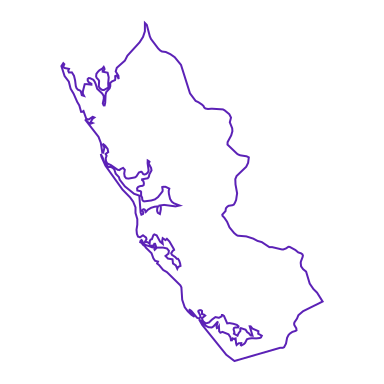 an SVG outline of Ogooué-Maritime
{"feature_id": "GAB-2624", "entity_name": "Ogooué-Maritime", "entity_type": "Province", "adm_level": 1, "iso_a3": "GAB", "parent_name": "Gabon", "parent_adm1": "", "projection": "albers", "projection_center": [9.53, -1.509], "detail": "fine", "context": "isolated", "style": "outline", "palette": "violet", "viewbox_px": 384, "rotation_deg": 0, "n_neighbors": 0, "source": "natural_earth", "source_scale": "10m", "svg_char_len": 5973}
<svg xmlns="http://www.w3.org/2000/svg" viewBox="0 0 384 384"><path d="M234.4,361.0L226.3,354.8L202.2,324.9L199.2,319.6L201.7,321.5L205.6,325.7L208.5,327.2L211.7,327.5L213.5,326.4L217.9,321.5L216.5,326.4L216.9,328.1L218.2,327.5L218.9,326.3L219.2,331.3L220.4,332.7L222.5,331.9L228.5,334.3L230.5,337.4L231.0,340.3L231.9,340.3L232.7,338.4L234.7,339.3L234.9,338.6L235.6,338.4L236.1,343.4L236.6,345.0L238.6,343.3L241.2,343.1L240.8,345.1L241.3,345.5L244.0,344.0L245.1,342.9L246.9,339.3L248.9,338.6L251.9,338.2L256.2,338.4L259.8,338.0L261.0,337.4L261.8,335.7L258.2,333.7L258.4,331.2L252.5,328.6L250.6,326.3L249.7,326.3L252.5,335.7L250.6,335.4L248.9,333.3L247.2,332.2L245.6,329.7L240.8,328.1L240.3,328.5L240.4,330.9L238.6,333.2L237.5,335.7L233.9,333.7L234.4,332.3L233.6,329.5L233.9,328.1L235.1,327.5L238.1,327.4L238.5,326.3L236.9,324.9L233.4,323.8L229.6,323.1L227.2,323.4L224.0,316.0L222.6,315.0L221.9,315.0L221.6,316.4L218.9,317.8L215.4,317.1L212.1,319.5L209.0,322.5L205.8,323.4L203.3,321.4L202.4,319.8L202.0,318.2L205.2,315.6L204.1,314.7L202.0,314.0L202.0,310.9L201.2,310.3L200.0,310.1L198.5,310.7L198.3,311.6L200.0,314.9L200.5,316.9L199.2,318.6L197.0,317.7L191.3,310.9L189.0,309.3L194.5,316.8L191.4,314.8L187.8,311.3L184.7,307.2L182.2,299.8L181.4,287.4L180.4,285.4L166.9,272.1L163.2,270.0L159.1,265.1L157.1,263.5L158.0,261.6L155.1,260.8L153.4,258.4L151.5,253.2L145.8,247.6L144.9,246.2L143.0,244.8L141.6,242.9L140.2,242.2L140.5,240.9L141.5,240.0L142.1,240.6L143.1,243.1L145.6,245.0L148.7,246.0L151.5,245.7L150.5,246.7L152.3,247.4L153.2,246.7L154.3,243.8L155.1,243.8L156.1,246.7L154.7,247.4L154.4,248.0L154.3,248.9L154.7,249.8L156.4,248.1L156.1,247.6L163.2,247.6L167.0,248.5L168.9,250.8L168.5,253.6L165.5,256.0L168.0,258.6L172.5,259.3L173.0,263.5L175.8,265.4L177.3,268.8L178.1,267.0L180.5,265.9L180.1,263.4L179.2,260.7L178.0,258.8L176.8,258.8L175.3,257.1L171.9,254.8L171.2,253.2L172.8,250.8L174.1,249.9L173.8,249.0L169.4,241.4L166.9,238.8L165.5,240.1L162.7,238.2L162.2,240.8L162.7,243.8L160.1,241.7L156.7,235.4L154.3,234.4L153.3,235.3L151.9,239.2L150.6,239.6L149.9,240.7L149.6,243.8L147.6,242.2L144.9,241.9L146.5,239.2L146.1,237.6L143.0,235.3L140.0,237.3L138.0,236.6L136.9,233.9L136.5,229.8L137.3,224.7L137.3,219.1L135.5,213.0L135.5,207.4L133.2,201.7L130.1,197.4L122.5,189.6L105.4,165.6L101.5,156.9L100.8,154.0L102.7,157.7L104.1,161.8L105.7,164.1L108.4,167.1L110.5,166.9L112.6,167.8L114.3,169.4L115.7,173.7L118.9,177.1L119.7,179.7L124.9,186.4L134.1,193.8L139.3,195.6L140.6,212.6L141.4,214.7L143.0,214.0L143.4,212.6L142.2,210.7L142.6,209.7L143.8,209.2L144.8,209.7L145.8,212.0L147.9,209.7L151.1,207.8L154.7,206.7L158.0,206.4L157.2,208.6L157.1,210.9L157.8,212.8L159.9,214.0L160.8,209.4L160.8,207.1L159.9,205.5L164.1,204.9L175.5,206.4L179.6,205.5L173.9,203.3L171.8,201.7L170.1,199.0L168.9,193.9L168.7,190.9L169.3,188.6L165.5,186.8L163.1,186.8L162.2,187.1L162.7,190.0L162.5,191.4L158.0,197.1L154.9,199.4L151.2,200.5L144.1,201.4L143.0,200.8L142.3,199.8L142.1,197.6L141.1,195.6L141.1,191.9L140.6,191.2L137.3,190.5L137.1,188.3L138.2,186.9L140.2,186.1L142.6,185.8L143.7,185.0L143.9,183.2L143.4,181.2L142.1,180.1L142.1,179.3L147.7,178.3L148.8,176.9L149.4,174.3L151.5,170.4L151.1,168.0L148.6,163.3L149.5,161.8L148.9,161.2L147.7,160.5L147.6,163.2L148.6,170.3L148.2,171.8L147.2,173.1L145.9,174.1L144.4,174.5L143.2,174.1L142.0,172.2L141.1,171.7L138.9,172.5L136.4,176.4L135.0,177.4L128.5,178.6L126.2,178.3L124.7,176.5L124.2,173.6L124.8,169.8L123.1,167.9L120.3,169.2L119.5,170.1L117.7,169.8L110.9,165.1L107.2,163.4L106.0,161.1L105.7,158.3L106.6,155.8L105.6,154.0L108.2,152.1L107.6,148.9L105.2,145.7L102.7,143.7L104.4,147.8L103.2,152.7L102.3,152.6L100.8,142.8L98.5,136.8L85.0,119.4L88.5,122.7L90.5,123.7L92.5,123.0L90.6,122.2L92.5,118.8L94.3,117.5L92.7,116.8L88.7,119.5L86.3,118.9L83.5,111.0L82.2,111.9L81.1,111.9L79.3,105.4L77.2,101.9L73.6,93.7L70.6,88.7L68.8,81.6L64.6,76.1L61.4,66.1L63.3,63.2L64.3,64.2L63.1,66.8L64.6,68.0L69.0,68.9L68.2,70.9L69.0,72.5L71.9,72.4L74.0,75.8L75.1,80.4L75.8,86.1L76.5,88.1L77.9,89.7L79.8,90.4L80.8,91.3L81.8,95.2L84.0,95.9L82.8,93.6L82.9,91.3L84.7,84.2L86.6,84.1L91.4,84.7L91.4,83.8L88.6,82.1L87.7,80.6L87.7,79.0L88.7,78.1L90.1,78.2L93.4,79.8L94.7,81.7L95.7,84.1L97.2,88.8L102.1,93.4L103.7,95.9L103.8,98.6L102.8,103.4L103.7,105.4L104.6,105.4L105.2,102.8L105.6,94.5L106.3,92.0L109.6,88.4L110.3,86.1L110.2,83.0L112.0,81.4L115.0,80.1L115.3,78.7L115.2,76.1L116.8,75.4L118.7,79.0L118.4,75.8L115.7,71.4L116.8,67.8L124.9,60.6L127.4,55.7L139.6,42.3L143.0,37.0L144.9,31.3L144.9,23.0L146.8,24.9L149.8,36.3L151.0,39.0L158.1,48.4L160.1,50.4L161.9,51.5L165.8,52.0L170.4,54.2L174.7,57.2L181.0,64.9L190.0,93.4L195.6,100.9L198.4,102.2L202.0,104.6L203.5,106.0L204.2,107.5L205.4,108.5L208.0,109.0L211.7,108.7L222.9,109.4L224.6,110.3L229.3,114.2L231.0,117.6L229.8,122.3L232.2,128.3L232.4,131.2L231.2,135.4L227.6,142.1L227.5,144.6L237.1,153.8L238.4,154.6L240.2,155.3L246.6,156.3L248.8,157.4L248.1,162.9L246.2,166.8L236.6,176.0L235.3,179.1L235.5,184.4L237.1,193.3L236.1,200.0L234.9,202.8L233.8,204.6L232.5,205.2L228.6,205.8L227.3,206.7L225.9,208.3L225.5,211.1L222.3,214.6L222.5,215.8L224.4,217.8L227.1,221.8L229.5,227.4L234.1,233.0L236.6,235.1L237.8,235.7L246.3,236.4L253.2,238.6L257.5,240.9L261.8,242.1L269.3,247.1L272.0,247.1L281.7,249.4L283.1,249.5L285.9,248.5L288.4,246.8L289.7,246.9L295.4,250.0L298.2,252.4L301.0,253.3L302.4,254.3L302.9,255.6L302.6,257.0L300.9,261.5L300.7,262.9L301.1,266.4L303.1,269.2L306.1,271.6L309.7,283.6L313.4,289.0L317.1,292.7L322.6,301.5L303.1,311.2L298.4,315.2L297.0,318.6L294.4,322.4L294.1,323.9L294.4,325.2L296.3,328.3L296.5,330.3L295.6,330.9L292.4,331.9L290.0,333.5L288.6,334.9L287.1,337.8L286.0,343.6L284.1,347.2L282.8,347.8L280.1,347.8L234.4,361.0ZM102.7,71.7L107.6,72.7L108.7,77.4L108.2,83.2L108.4,87.5L104.0,90.0L102.1,89.9L100.0,88.4L98.8,86.6L99.1,81.0L98.5,79.8L96.6,77.8L96.1,76.3L96.4,73.8L98.0,71.7L99.5,70.2L102.5,68.4L103.7,66.9L104.4,68.3L104.5,69.4L103.9,70.2L102.7,70.6L102.7,71.7Z" fill="none" stroke="#5b21b6" stroke-width="2"/></svg>